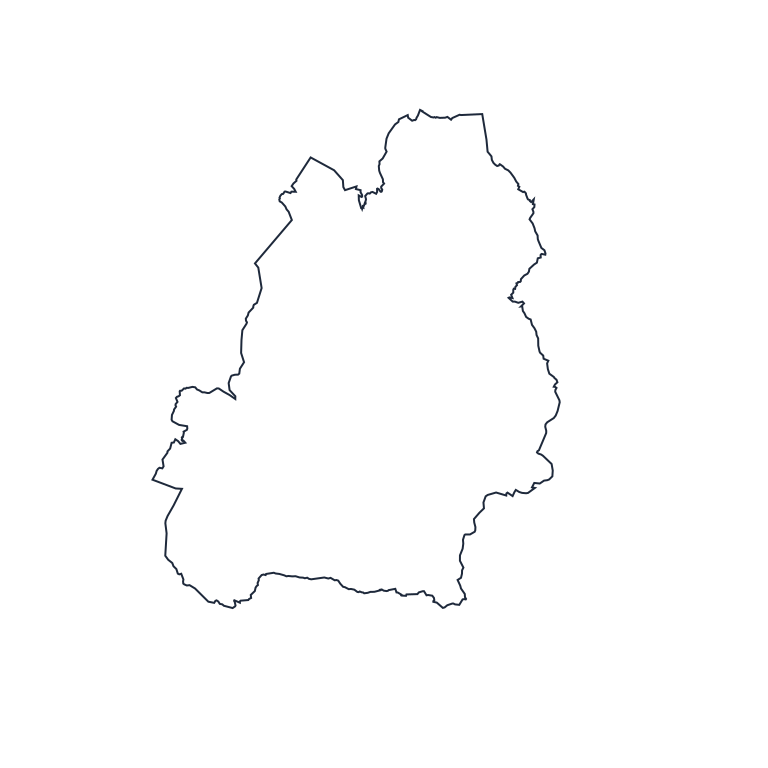 Taretan, Michoacán, Mexico, rotated 304°
{"feature_id": "50627088B53214631198114", "entity_name": "Taretan", "entity_type": "district", "adm_level": 2, "iso_a3": "MEX", "parent_name": "Mexico", "parent_adm1": "Michoacán", "projection": "robinson", "projection_center": [-101.91, 19.326], "detail": "fine", "context": "isolated", "style": "outline", "palette": "slate", "viewbox_px": 768, "rotation_deg": 304, "n_neighbors": 0, "source": "geoboundaries", "source_scale": "gbopen_adm2", "svg_char_len": 6166}
<svg xmlns="http://www.w3.org/2000/svg" viewBox="0 0 768 768"><g transform="rotate(304 384 384)"><path d="M484.8,520.9L485.0,515.3L488.0,511.5L492.3,507.7L495.2,507.2L494.2,502.2L496.6,500.1L497.2,496.0L497.8,494.9L502.0,490.5L508.0,486.3L509.9,483.1L512.5,480.9L514.4,477.5L515.8,473.6L519.5,469.5L519.0,467.4L519.1,464.3L521.2,460.9L522.2,458.3L525.7,455.1L524.9,454.2L529.1,455.0L529.7,452.7L526.4,449.9L525.5,446.5L524.3,444.6L525.1,439.1L525.9,439.5L527.1,442.4L529.1,439.5L532.0,440.1L534.4,438.5L535.6,438.3L536.2,439.5L538.0,438.6L540.3,439.0L541.5,437.5L542.9,438.4L543.5,438.2L544.8,439.8L545.7,439.9L547.5,438.9L552.4,439.6L555.6,441.3L558.2,441.3L560.8,440.1L567.0,441.6L570.1,442.9L574.2,441.2L576.5,443.2L578.5,441.7L579.2,441.7L580.0,442.0L581.4,445.4L582.5,444.9L584.6,442.2L584.8,438.4L588.9,432.1L590.1,430.5L593.0,428.3L595.1,424.0L597.3,421.7L600.2,417.5L601.9,412.6L603.4,412.3L609.1,412.4L610.3,411.6L611.9,409.3L614.7,409.7L617.0,408.4L616.4,406.9L620.8,404.9L617.1,404.3L617.3,402.6L618.0,402.1L617.6,400.4L617.8,399.6L620.4,395.9L621.4,395.1L621.9,393.2L621.9,392.7L620.9,392.0L620.5,386.4L623.2,385.9L623.2,384.2L624.9,383.6L625.8,380.4L627.8,376.7L630.0,370.6L630.6,367.5L630.1,364.0L630.9,361.1L631.0,357.3L630.9,357.0L629.3,357.0L628.0,355.9L628.0,353.6L628.5,351.1L630.1,348.1L632.8,345.8L634.5,340.0L643.9,332.3L662.7,314.5L650.0,297.4L649.5,296.1L642.7,291.9L640.6,291.8L640.9,287.2L639.0,285.8L635.8,281.4L634.7,278.4L633.7,278.0L633.5,276.6L632.7,276.1L631.6,273.6L631.3,263.2L631.7,263.2L631.4,260.6L625.5,262.0L623.0,262.1L621.4,262.6L620.1,262.2L619.8,261.4L618.0,260.1L618.3,255.1L620.2,253.3L611.8,248.4L609.2,249.4L605.4,248.0L594.5,247.7L588.8,248.9L580.8,252.8L579.8,253.5L578.1,256.2L570.2,256.8L566.0,255.7L563.7,257.4L561.8,257.8L558.2,260.7L556.8,262.5L553.1,268.6L550.8,270.3L550.2,272.0L546.1,271.3L545.0,272.0L544.1,273.9L542.7,274.4L542.0,274.4L541.5,273.7L542.6,270.6L542.4,269.3L541.9,269.1L539.4,270.9L537.3,271.1L536.8,267.1L535.6,266.0L533.9,265.7L533.2,264.1L532.6,263.7L529.3,263.3L527.1,265.8L524.4,266.8L523.7,267.7L523.3,267.8L523.3,266.9L520.6,267.7L520.0,267.0L518.7,268.2L518.6,267.5L516.9,268.0L517.2,267.6L517.0,266.8L522.3,260.4L526.2,257.6L526.5,260.8L527.1,261.1L528.4,260.2L529.9,257.3L531.6,256.2L529.9,251.7L532.4,250.7L522.9,243.3L524.5,240.2L530.0,235.9L533.3,223.1L530.8,196.5L504.5,196.9L503.5,197.8L499.6,196.8L496.4,196.8L495.5,200.5L494.0,203.3L491.7,199.7L490.0,199.7L488.5,194.7L487.9,194.0L485.3,194.1L484.3,193.1L482.2,192.8L480.0,193.2L479.6,193.9L478.4,194.0L477.1,195.4L477.3,197.8L476.0,202.9L474.3,205.6L473.5,208.6L468.4,215.9L411.8,209.6L410.2,214.7L395.1,228.9L380.2,233.3L376.9,231.8L375.3,232.2L374.2,232.9L367.5,231.8L364.7,232.8L360.9,232.9L359.3,234.2L358.5,235.9L357.1,236.3L349.4,236.5L340.7,241.3L329.8,248.2L323.8,255.8L316.1,256.0L311.7,258.2L310.2,257.8L308.3,255.2L305.8,253.1L304.7,252.9L297.9,254.7L292.6,259.4L290.7,267.6L288.4,269.1L288.5,262.1L287.9,255.2L287.9,249.5L286.9,247.9L278.9,244.2L277.8,242.7L276.7,239.8L275.5,238.0L275.4,234.5L274.9,232.0L275.7,229.4L274.5,226.8L271.3,223.9L270.4,222.4L269.2,222.1L268.5,220.7L265.3,220.0L264.3,218.7L263.7,218.7L260.6,221.1L259.0,220.6L257.6,219.5L256.0,219.3L253.7,222.8L250.8,222.5L249.8,223.0L249.0,224.3L245.5,224.2L244.1,224.9L239.8,225.5L235.6,227.9L234.8,229.5L235.5,237.0L238.9,244.4L237.0,245.9L235.7,246.2L232.4,244.5L231.7,245.3L227.8,246.9L227.5,246.4L226.6,246.3L225.6,247.4L224.7,247.4L224.2,247.9L224.1,248.8L224.9,249.4L224.2,252.1L220.5,248.7L221.5,245.3L221.5,241.9L218.0,242.5L216.5,240.8L210.9,242.8L207.1,242.2L205.8,242.9L197.5,242.6L192.5,247.3L190.1,247.4L189.0,244.7L187.2,244.1L184.8,244.1L182.0,245.0L175.2,245.6L180.9,269.7L184.1,275.1L165.5,277.5L153.5,278.4L148.6,279.4L146.3,280.6L138.6,287.3L119.3,298.7L117.6,303.4L117.2,308.6L115.2,311.4L114.5,315.3L111.5,319.1L111.7,320.7L113.3,322.0L109.8,327.0L108.0,327.8L106.3,329.2L106.2,330.5L106.7,333.2L108.5,335.3L108.8,341.7L105.3,360.1L107.6,365.6L110.0,365.5L111.0,366.2L111.0,368.3L109.9,370.8L110.9,373.2L110.6,375.2L113.6,383.8L116.4,384.9L117.3,384.8L119.8,382.2L120.4,381.0L121.0,380.9L122.1,386.8L123.2,386.1L124.2,386.3L129.0,392.3L130.4,392.4L132.3,393.5L134.6,391.5L140.1,392.7L143.4,391.4L145.2,391.4L146.8,391.9L148.3,390.5L151.4,389.9L152.6,388.8L157.2,389.4L158.7,390.7L159.4,392.7L160.6,392.5L165.9,398.2L166.3,400.1L168.0,403.4L169.6,408.3L170.0,410.6L171.4,412.1L173.2,415.5L175.2,418.2L176.4,422.2L178.2,425.2L178.7,427.0L180.5,428.7L180.5,430.7L181.4,432.9L190.2,442.7L191.6,446.6L193.4,448.1L193.7,452.9L194.9,454.2L195.4,456.0L194.0,459.4L193.0,463.5L193.7,465.2L194.2,469.5L195.6,471.2L196.9,474.4L196.7,478.2L197.3,479.4L198.4,479.9L198.9,482.2L199.5,483.3L199.4,484.6L201.8,487.3L204.1,489.0L206.3,492.2L210.9,496.3L211.2,495.8L212.4,497.0L212.5,499.3L213.8,502.0L214.8,502.9L215.7,503.1L220.5,507.9L218.2,510.9L218.8,511.9L219.1,516.3L218.4,516.5L218.5,517.0L220.7,520.7L222.1,520.3L228.5,529.2L230.7,529.4L233.9,532.0L234.6,533.0L232.6,537.4L233.7,538.5L235.5,542.4L234.6,545.0L232.9,546.6L231.6,546.3L231.0,546.7L232.3,550.0L231.3,558.0L232.7,559.2L236.0,560.2L240.2,563.4L240.8,564.3L241.0,566.1L243.0,569.9L249.4,569.6L250.5,570.8L251.1,572.2L251.7,572.2L252.6,570.3L255.1,568.4L257.5,562.2L259.5,559.9L262.7,554.6L266.4,556.2L270.4,554.7L273.2,552.9L276.2,552.5L279.9,545.8L284.4,542.8L291.4,541.3L296.0,539.0L299.0,536.6L303.7,535.2L304.7,535.5L307.3,539.4L312.2,541.8L313.7,541.5L316.5,539.8L319.6,536.3L322.3,534.1L330.6,535.1L336.8,536.4L341.4,532.7L347.7,531.1L350.0,532.0L356.7,537.6L359.9,547.7L361.7,546.7L363.0,547.1L363.0,553.3L367.2,552.6L369.9,552.5L370.1,556.5L370.9,559.3L372.9,562.9L374.2,564.3L382.2,567.2L381.1,564.5L386.0,563.9L388.6,568.8L393.4,570.7L395.6,573.2L397.2,574.3L401.6,575.2L406.6,572.3L411.4,567.7L413.4,555.9L413.4,553.7L412.6,550.9L412.8,549.1L414.0,548.8L415.7,549.5L434.0,545.9L435.9,544.7L438.7,541.6L440.8,540.5L443.5,540.7L450.7,543.8L453.9,544.0L458.7,543.0L467.1,539.9L468.6,538.5L473.3,530.3L474.9,529.4L477.2,529.2L477.3,527.5L476.7,526.3L479.2,526.0L482.4,526.8L484.0,524.6L484.3,521.9L484.8,520.9Z" fill="none" stroke="#1e293b" stroke-width="2"/></g></svg>